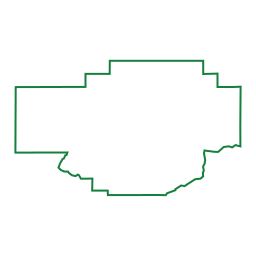 outline of Chouteau, Montana, United States of America
{"feature_id": "52423323B43450908870272", "entity_name": "Chouteau", "entity_type": "district", "adm_level": 2, "iso_a3": "USA", "parent_name": "United States of America", "parent_adm1": "Montana", "projection": "robinson", "projection_center": [-110.325, 47.861], "detail": "fine", "context": "isolated", "style": "outline", "palette": "green", "viewbox_px": 256, "rotation_deg": 0, "n_neighbors": 0, "source": "geoboundaries", "source_scale": "gbopen_adm2", "svg_char_len": 856}
<svg xmlns="http://www.w3.org/2000/svg" viewBox="0 0 256 256"><path d="M159.2,195.0L165.7,195.2L167.2,193.2L175.4,190.2L175.4,189.2L181.2,185.5L184.6,186.1L188.0,183.8L195.2,179.2L200.4,178.7L203.1,176.4L202.9,172.7L203.8,170.8L203.1,166.5L204.6,163.6L205.2,160.0L204.0,153.6L204.5,150.5L214.3,151.8L218.2,151.9L223.7,147.0L228.9,146.3L232.2,147.4L235.4,145.1L240.4,146.4L240.3,126.5L240.6,86.7L233.0,87.0L217.5,87.0L217.5,84.8L217.5,73.6L203.2,74.0L203.2,60.8L183.0,60.8L177.2,60.8L109.8,60.8L109.7,73.9L94.1,73.9L85.5,73.9L85.5,86.9L15.7,87.1L15.6,108.9L15.4,152.6L67.4,152.5L66.5,155.0L65.2,155.4L63.9,158.5L62.5,159.1L60.1,163.4L58.5,167.6L60.8,170.0L64.2,171.5L68.1,171.6L68.7,172.8L72.0,175.3L75.6,176.1L77.7,174.6L79.0,175.3L80.9,178.7L92.4,178.6L92.2,190.6L107.7,190.6L107.9,195.1L159.2,195.0Z" fill="none" stroke="#15803d" stroke-width="2"/></svg>